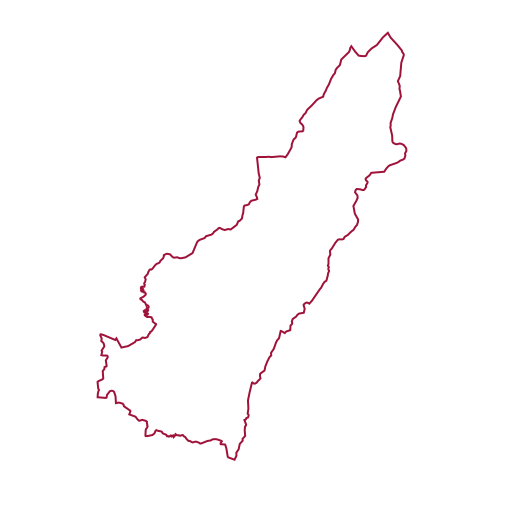 Thach Thanh, Thanh Hóa, Vietnam, rotated 80°
{"feature_id": "81297802B70743667519193", "entity_name": "Thach Thanh", "entity_type": "district", "adm_level": 2, "iso_a3": "VNM", "parent_name": "Vietnam", "parent_adm1": "Thanh Hóa", "projection": "albers", "projection_center": [105.627, 20.211], "detail": "fine", "context": "isolated", "style": "outline", "palette": "rose", "viewbox_px": 512, "rotation_deg": 80, "n_neighbors": 0, "source": "geoboundaries", "source_scale": "gbopen_adm2", "svg_char_len": 6089}
<svg xmlns="http://www.w3.org/2000/svg" viewBox="0 0 512 512"><g transform="rotate(80 256 256)"><path d="M66.0,125.7L67.4,127.0L70.0,128.1L71.4,129.2L77.3,137.9L82.5,140.2L84.9,143.6L86.5,145.2L89.6,146.5L91.2,148.4L94.6,151.3L99.7,154.4L102.9,157.1L105.1,158.4L108.5,161.2L110.8,162.2L111.8,166.7L113.0,169.2L117.3,174.8L120.5,179.6L121.3,180.5L124.0,182.5L125.1,184.4L127.3,186.2L129.0,188.2L130.4,189.5L131.1,189.6L132.8,189.1L134.5,187.7L136.2,187.0L137.6,186.9L140.7,187.7L141.3,188.5L140.9,192.3L141.0,193.2L141.7,194.2L145.4,195.8L146.3,196.4L147.7,198.6L149.5,199.8L152.3,201.4L154.4,201.8L155.7,202.5L161.3,207.1L163.9,209.8L162.7,212.2L162.0,215.2L161.3,223.5L160.4,226.6L160.3,228.6L159.0,236.1L159.0,237.3L159.3,237.9L175.1,239.0L179.7,238.7L182.3,240.2L186.1,240.2L188.2,241.7L192.4,243.5L195.5,245.6L198.3,244.9L200.0,244.8L200.5,246.4L200.8,251.1L202.0,252.7L203.9,254.1L204.3,256.2L204.3,258.4L204.7,259.0L205.6,259.5L211.5,261.2L213.4,262.2L216.6,263.3L218.6,266.1L218.7,267.4L222.0,269.6L225.5,276.4L224.6,278.7L225.0,282.3L223.9,284.4L222.1,286.7L222.0,287.8L223.3,289.7L224.9,293.2L226.3,294.4L227.2,296.1L227.8,301.7L229.4,303.5L230.3,308.5L230.8,309.7L231.5,311.0L232.6,311.9L242.1,318.0L245.1,325.7L245.2,330.2L244.8,331.8L243.6,333.8L243.4,337.2L242.3,338.5L239.5,340.3L238.4,343.0L238.3,343.6L239.1,346.6L240.5,346.9L242.1,347.9L244.2,351.0L245.6,352.1L246.1,353.1L246.5,355.3L247.8,357.2L250.4,360.0L251.0,361.0L251.2,361.4L250.8,362.5L251.2,363.3L253.0,364.8L254.9,365.8L257.6,369.3L259.8,368.7L262.2,369.7L263.5,370.9L264.6,370.8L265.1,370.5L266.8,371.3L266.5,373.2L266.9,373.5L266.5,374.3L267.0,374.7L267.3,374.8L267.6,374.0L268.6,373.1L269.6,373.4L269.6,373.7L269.3,373.9L268.6,373.8L267.9,374.4L267.9,374.8L268.6,375.0L269.5,374.4L270.2,375.2L270.7,375.0L271.4,374.3L271.2,374.0L270.0,373.9L270.4,372.7L271.8,372.9L272.5,372.5L272.5,371.7L273.9,371.1L274.9,371.3L276.5,373.7L277.6,377.2L278.0,377.4L278.7,377.1L279.6,375.9L281.3,375.0L282.5,373.4L286.1,372.4L285.7,371.9L285.7,371.3L286.8,370.6L287.5,370.5L288.3,370.9L288.6,372.8L289.4,372.7L290.4,371.6L290.9,371.7L291.4,372.3L291.4,374.2L290.0,374.7L290.7,376.1L292.0,375.9L292.9,373.6L293.8,372.5L294.1,372.4L294.8,372.8L295.0,373.4L294.3,375.5L294.7,375.9L295.2,375.8L297.2,373.8L297.5,371.4L298.2,369.5L299.4,369.4L300.6,368.7L302.6,369.1L304.6,367.5L305.4,366.4L306.1,366.3L311.3,371.2L312.3,372.6L312.6,373.7L313.7,374.0L314.3,375.1L316.9,376.9L317.4,378.8L317.3,380.1L316.8,381.1L316.6,382.1L318.2,384.7L318.4,387.4L318.1,388.6L319.8,390.2L322.5,397.5L322.8,404.4L312.9,407.8L314.3,409.1L307.2,420.1L306.1,422.5L306.3,422.9L307.3,423.1L310.3,422.3L312.9,423.1L314.6,421.7L315.7,421.2L318.1,421.0L318.7,421.1L322.4,424.5L323.5,424.1L326.8,425.5L327.4,424.0L328.2,420.0L328.7,419.6L329.7,419.5L331.0,420.4L332.6,422.0L338.5,422.2L338.8,422.6L339.0,424.4L341.0,425.0L342.7,426.9L350.1,427.7L350.8,428.6L351.8,432.7L352.5,433.9L358.9,434.4L360.6,433.9L362.0,434.8L363.9,435.6L367.6,436.5L369.7,428.5L369.6,427.9L366.8,426.7L363.8,423.4L363.6,421.8L363.8,420.8L364.5,419.9L365.3,419.3L369.9,418.7L376.6,419.5L376.5,416.6L378.2,413.0L379.7,412.2L381.0,412.2L386.5,406.7L387.2,406.7L390.0,408.3L393.3,402.6L396.2,401.1L398.0,399.7L397.6,396.4L399.4,392.9L400.2,392.2L401.5,392.5L402.8,392.3L403.5,392.6L404.9,392.3L406.4,393.3L407.1,394.2L408.4,394.9L413.8,396.1L414.2,395.9L414.5,394.0L414.3,389.0L413.2,387.1L412.5,386.4L410.6,385.2L410.2,384.4L411.3,382.6L412.0,380.5L412.7,379.3L414.5,378.6L416.5,375.4L418.1,374.9L418.1,373.9L418.8,373.1L417.9,371.0L418.2,370.7L419.2,370.5L419.3,370.2L418.3,369.0L418.2,368.5L418.6,368.1L419.8,368.2L419.0,367.1L417.5,366.2L418.7,365.1L419.2,363.2L419.6,362.7L419.5,362.3L419.9,361.8L419.5,359.9L419.7,359.1L421.0,358.4L421.9,357.2L423.9,356.3L426.3,354.7L426.9,352.9L428.0,351.8L428.6,350.7L428.3,348.0L428.6,346.8L430.3,344.1L431.0,343.6L431.1,342.5L429.7,335.9L429.8,332.7L429.0,330.6L429.3,327.8L429.9,326.0L431.9,322.4L432.5,321.8L434.2,323.4L435.2,323.4L436.3,319.2L436.9,319.0L440.6,318.6L448.6,318.7L449.4,318.4L452.9,312.5L449.2,309.9L446.4,309.6L443.4,306.7L438.2,304.6L435.6,301.2L433.8,301.0L431.3,297.9L425.8,297.4L422.2,296.5L421.2,295.4L420.3,295.0L415.5,295.9L415.1,294.4L413.9,293.6L413.6,291.9L412.0,291.0L411.2,290.9L409.8,291.6L405.0,290.0L396.9,289.0L389.5,286.1L380.1,282.0L379.9,281.6L381.3,280.2L381.5,279.0L380.8,277.3L379.7,276.2L377.4,272.9L374.9,272.9L373.0,272.5L372.4,271.9L370.3,267.5L366.4,266.0L362.0,263.3L357.9,260.2L356.6,258.3L354.0,258.0L350.5,254.6L344.5,251.2L342.6,249.7L341.0,247.6L334.1,244.7L334.2,244.2L336.9,241.0L335.6,239.4L335.0,235.2L330.5,234.1L329.4,232.5L328.3,231.9L326.8,232.1L324.5,230.9L322.6,226.9L321.3,225.7L320.2,223.7L320.2,218.8L316.4,217.2L312.6,217.7L311.6,216.8L310.6,214.6L311.2,212.8L312.2,211.8L309.7,208.6L299.9,199.0L298.6,197.4L295.3,194.9L293.3,192.9L292.9,191.5L292.2,190.8L287.7,188.7L285.7,188.1L283.5,186.6L281.4,187.1L279.5,186.2L278.0,186.9L276.5,186.0L270.8,185.0L267.5,182.5L264.3,182.4L263.4,182.0L261.6,179.9L256.7,175.5L254.1,172.4L254.1,170.9L254.6,168.3L254.5,166.9L252.5,165.3L251.3,162.1L248.2,157.5L247.2,155.4L244.8,153.4L242.9,151.1L240.0,149.6L237.8,149.1L231.5,151.3L224.0,151.4L223.5,151.3L219.1,147.6L216.4,145.8L214.0,145.6L210.5,147.4L208.6,146.6L207.5,145.2L208.5,141.6L209.6,139.6L209.7,138.4L209.1,137.4L207.1,135.5L205.6,135.5L203.5,133.6L202.7,133.3L202.2,133.3L200.4,134.6L199.1,134.7L198.4,134.1L196.3,130.2L194.1,128.0L195.3,115.1L192.5,112.5L190.7,110.2L189.9,108.6L188.8,101.5L188.2,99.4L187.2,97.7L186.5,94.2L185.8,92.9L182.8,91.4L180.8,91.4L178.7,89.7L176.9,89.4L175.5,89.6L172.4,91.2L170.8,93.3L170.2,94.9L170.4,98.1L169.9,99.4L168.2,101.4L166.9,101.8L161.0,101.0L152.5,101.4L150.9,100.7L148.5,100.4L143.7,97.8L140.3,96.5L133.6,92.5L124.1,85.6L118.3,85.5L116.5,85.7L113.3,84.9L108.4,85.9L103.9,82.8L90.8,79.3L84.3,75.8L83.5,75.5L82.5,75.6L80.2,76.7L78.9,76.7L72.6,80.2L64.3,85.5L59.1,87.4L62.7,93.0L69.2,100.3L71.6,106.0L74.8,110.6L77.8,112.8L78.1,113.8L77.5,117.1L76.5,120.1L71.9,122.9L66.0,125.7Z" fill="none" stroke="#9f1239" stroke-width="2"/></g></svg>